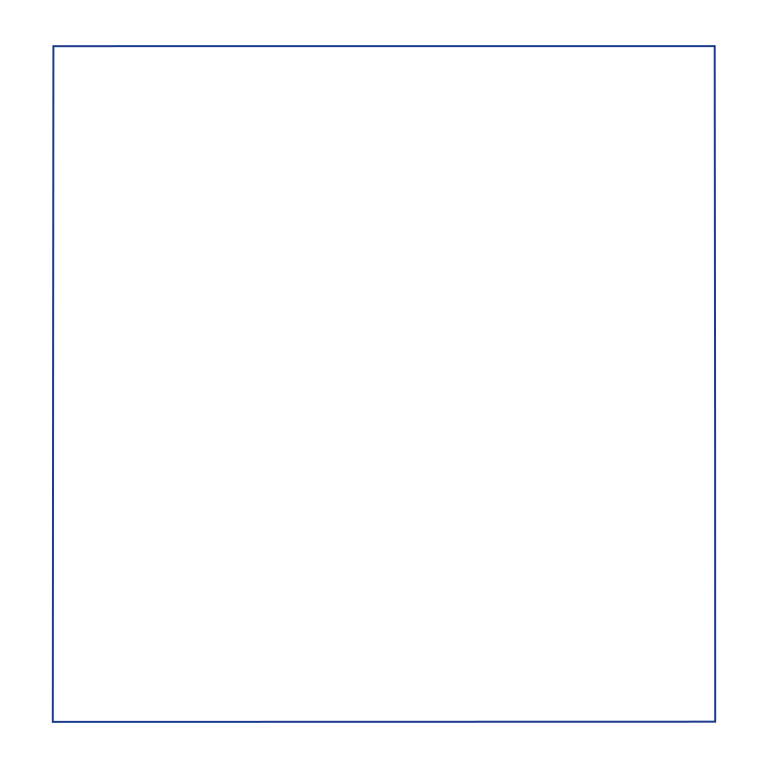 outline of Shackelford, Texas, United States of America
{"feature_id": "52423323B36829987013590", "entity_name": "Shackelford", "entity_type": "district", "adm_level": 2, "iso_a3": "USA", "parent_name": "United States of America", "parent_adm1": "Texas", "projection": "robinson", "projection_center": [-99.339, 32.736], "detail": "fine", "context": "isolated", "style": "outline", "palette": "blue", "viewbox_px": 768, "rotation_deg": 0, "n_neighbors": 0, "source": "geoboundaries", "source_scale": "gbopen_adm2", "svg_char_len": 216}
<svg xmlns="http://www.w3.org/2000/svg" viewBox="0 0 768 768"><path d="M53.4,46.2L52.8,721.9L691.8,721.7L715.2,721.7L715.1,427.2L714.7,46.1L233.8,46.1L53.4,46.2Z" fill="none" stroke="#1e3a8a" stroke-width="2"/></svg>